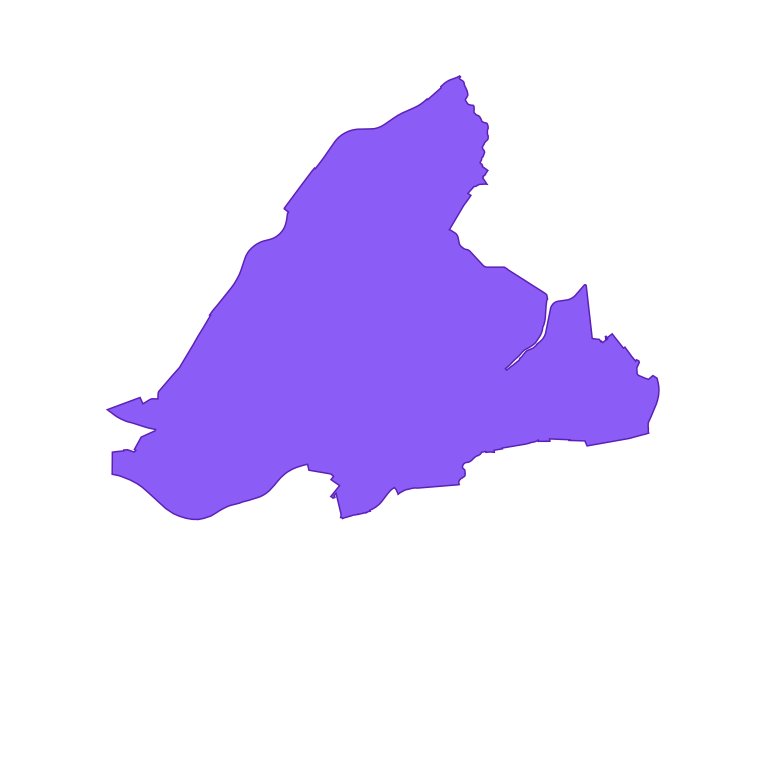 Parramatta, New South Wales, Australia, rotated 318°
{"feature_id": "25037944B24816754384688", "entity_name": "Parramatta", "entity_type": "district", "adm_level": 2, "iso_a3": "AUS", "parent_name": "Australia", "parent_adm1": "New South Wales", "projection": "albers", "projection_center": [151.053, -33.808], "detail": "fine", "context": "isolated", "style": "filled", "palette": "violet", "viewbox_px": 768, "rotation_deg": 318, "n_neighbors": 0, "source": "geoboundaries", "source_scale": "gbopen_adm2", "svg_char_len": 6171}
<svg xmlns="http://www.w3.org/2000/svg" viewBox="0 0 768 768"><g transform="rotate(318 384 384)"><path d="M131.2,285.6L133.8,292.8L135.2,298.6L136.0,305.1L137.3,318.1L137.3,318.7L138.5,330.5L138.8,331.9L140.8,339.5L143.2,344.8L146.9,351.1L150.8,356.1L155.4,360.5L160.4,363.4L167.1,366.3L173.3,367.5L177.7,368.2L181.5,369.1L184.7,370.0L188.3,371.3L196.8,375.8L200.0,377.0L205.7,380.0L215.8,384.6L218.0,385.3L220.9,386.0L222.9,386.3L227.2,386.6L235.4,385.8L239.0,385.2L244.9,384.5L250.5,384.5L253.4,384.8L259.6,386.1L259.8,386.3L263.3,387.5L269.8,390.5L273.5,392.5L270.5,397.8L284.3,415.3L284.7,418.9L280.6,419.6L283.0,429.8L269.2,432.0L269.4,432.4L269.7,434.6L271.6,435.5L272.2,434.3L272.1,433.6L275.2,433.2L265.2,451.6L264.0,453.1L262.4,454.2L262.8,454.8L263.4,455.4L263.1,456.2L265.0,456.9L267.1,458.0L270.0,459.3L270.3,459.6L273.9,461.1L275.2,462.2L277.4,463.2L277.3,463.5L284.6,467.5L284.5,467.8L286.6,468.2L288.7,469.3L288.9,468.3L291.1,469.0L293.5,469.6L296.1,470.0L300.1,470.2L303.3,469.9L313.3,468.0L317.3,467.5L319.7,467.5L322.4,468.0L322.4,470.0L322.2,471.1L321.0,474.8L320.7,475.4L322.9,475.5L328.5,476.8L329.7,477.4L335.9,480.8L337.6,482.1L339.4,483.9L371.0,508.0L372.6,509.1L373.3,507.7L373.8,507.0L374.7,506.4L375.8,506.0L377.8,505.8L378.9,506.1L382.0,506.5L382.6,506.4L383.1,506.1L384.3,505.0L386.1,502.6L386.5,501.9L386.6,501.4L386.3,500.6L386.3,500.0L386.3,499.2L386.5,498.6L387.7,497.4L388.4,497.1L390.3,496.7L391.1,496.7L392.5,497.4L395.0,498.9L396.4,499.2L398.1,499.4L400.6,499.2L403.7,499.3L404.6,499.5L406.1,500.2L408.2,500.6L409.5,500.5L410.9,500.0L414.5,502.2L414.0,503.0L417.4,505.5L420.3,508.6L421.5,506.9L428.6,511.4L429.0,510.7L448.5,523.1L452.7,525.4L453.0,525.2L456.6,527.4L460.1,529.0L460.2,528.8L460.7,528.7L461.1,528.9L460.4,530.0L460.9,530.4L469.0,537.6L470.3,535.6L484.7,549.7L483.9,549.9L495.2,560.7L493.5,565.9L529.7,588.5L543.0,595.2L543.8,595.7L547.8,597.6L548.6,596.2L550.6,594.1L552.2,591.9L554.7,589.5L560.3,587.1L573.0,581.1L575.9,579.4L580.1,576.5L584.0,572.8L586.3,570.0L588.4,566.8L590.8,562.4L589.5,557.7L583.6,557.5L582.3,555.0L581.9,554.4L578.8,547.6L578.9,545.9L582.6,541.2L588.2,538.8L588.8,537.3L587.9,535.0L586.9,535.0L586.3,535.4L586.5,529.5L587.7,517.8L585.9,517.6L587.1,499.4L581.3,499.0L580.3,500.1L579.2,500.1L579.1,499.9L579.1,499.7L579.8,498.9L580.0,498.8L580.6,498.8L580.7,498.7L580.8,498.5L580.5,498.3L580.4,498.0L581.0,497.4L581.0,497.2L580.8,497.0L580.5,497.0L580.1,497.0L579.9,497.8L577.9,499.8L574.3,499.6L574.2,499.3L574.4,497.7L574.0,497.4L573.5,497.6L573.9,495.0L570.2,490.8L569.2,489.5L599.9,446.5L600.2,445.8L600.2,445.1L599.8,444.7L599.1,444.5L585.1,446.2L583.5,446.2L581.1,445.9L578.9,445.3L576.7,444.3L568.8,439.0L567.5,438.3L565.6,437.7L563.1,437.6L560.7,438.1L558.9,438.9L537.9,454.5L535.5,455.7L533.0,456.5L531.2,456.8L529.3,456.9L526.9,456.9L524.0,456.7L523.4,456.9L523.0,457.2L518.5,457.0L512.9,455.0L510.7,454.9L506.8,455.5L505.3,455.9L503.3,456.0L502.5,455.7L501.0,456.5L499.8,456.7L497.4,456.5L496.3,456.6L495.3,456.4L492.5,456.4L491.7,456.2L484.4,455.7L484.5,453.8L489.0,454.0L496.5,453.5L504.2,453.4L508.0,452.8L510.3,452.7L511.9,452.9L515.2,453.7L518.3,454.4L522.9,454.8L525.1,454.5L531.5,452.9L533.5,452.2L535.6,451.2L537.8,449.9L540.1,448.0L542.1,447.1L545.2,445.2L548.1,442.8L556.5,434.6L561.1,430.6L562.2,430.5L562.6,429.9L564.5,426.8L564.6,426.3L564.3,424.1L553.0,383.5L552.2,379.5L551.6,377.7L538.7,366.1L537.7,364.7L537.1,363.2L537.0,362.1L536.7,342.6L536.5,341.5L536.0,340.2L534.3,337.9L533.9,336.7L533.3,332.8L533.5,331.3L533.9,330.1L537.2,324.5L537.7,323.2L538.0,321.8L538.1,320.6L537.8,319.1L536.5,314.4L536.1,313.6L535.8,313.1L562.6,304.7L569.8,303.2L574.8,302.0L573.9,298.5L582.9,297.5L584.7,298.6L588.3,299.4L593.2,303.3L594.2,304.5L595.3,296.9L596.5,296.6L596.6,295.9L599.5,296.3L599.9,295.8L604.1,294.8L602.6,288.1L603.3,287.7L603.6,286.7L603.8,286.3L603.3,284.4L603.5,283.8L603.7,283.7L606.5,282.7L608.0,281.4L608.4,281.3L609.3,281.4L609.8,281.3L613.9,279.1L614.5,277.7L614.7,276.9L614.5,276.3L614.8,275.3L615.1,274.5L615.5,273.9L616.4,273.6L617.3,273.1L618.8,272.8L620.3,272.0L622.4,271.8L624.0,271.8L625.0,271.6L625.7,271.2L627.5,269.3L627.6,268.3L627.9,267.8L629.6,265.7L631.0,264.4L632.5,263.7L634.0,261.8L634.7,260.1L634.9,259.1L634.7,258.6L633.3,256.6L632.5,254.6L632.5,254.3L633.6,251.4L634.0,249.1L633.7,247.6L632.6,245.7L632.7,244.7L632.5,242.9L632.9,242.0L634.7,240.3L636.3,238.4L636.7,237.7L636.8,237.1L636.7,236.4L636.1,236.0L635.5,235.3L634.3,233.6L633.8,232.5L633.7,231.9L633.8,231.1L634.3,228.1L634.5,227.4L635.1,226.9L637.4,226.4L638.1,226.0L639.4,225.6L640.3,224.6L641.2,223.0L641.9,221.7L642.3,220.7L643.7,216.0L644.5,214.5L645.1,213.6L645.3,213.1L645.4,212.3L645.3,211.4L644.4,208.2L644.6,207.4L644.8,207.1L645.2,207.0L646.4,206.9L646.3,205.7L644.5,205.3L642.2,204.5L636.0,202.0L633.4,201.4L630.5,201.0L625.2,201.0L624.6,202.1L606.8,201.9L606.8,201.0L602.2,200.9L598.0,200.5L594.5,199.8L590.7,198.7L578.8,194.8L573.8,193.6L569.4,192.9L558.4,191.5L554.6,190.8L553.4,190.4L550.7,189.4L547.7,187.8L544.9,185.6L534.9,177.0L532.4,175.3L529.8,173.8L526.6,172.4L522.9,171.3L519.2,170.6L515.4,170.4L512.3,170.6L509.2,171.1L490.0,175.6L481.2,177.3L477.0,178.0L477.0,177.1L473.9,177.4L456.9,180.7L427.7,186.6L427.8,187.0L427.1,187.2L428.0,192.4L426.4,192.7L420.8,197.4L417.5,199.6L414.7,201.0L412.6,201.7L410.6,202.2L407.6,202.6L405.6,202.6L402.9,202.4L400.3,201.9L396.9,200.7L391.6,197.9L389.2,196.7L386.5,195.7L383.0,194.9L380.4,194.5L376.8,194.4L373.7,194.6L371.3,195.0L367.6,196.2L365.6,197.1L353.8,203.8L350.0,205.7L346.5,207.1L341.8,208.6L339.1,209.4L334.9,210.3L314.9,213.6L305.7,214.9L300.5,216.1L301.0,216.9L288.0,221.0L277.8,224.0L268.8,227.0L243.1,234.9L232.3,236.1L211.6,238.8L210.0,239.7L206.0,243.8L202.8,240.8L201.7,239.8L201.0,239.4L199.6,238.9L191.6,237.4L193.7,230.8L161.2,217.9L163.0,227.2L163.7,230.0L165.3,234.5L167.4,239.1L169.1,241.9L170.1,243.3L171.7,245.9L178.0,256.7L180.2,260.1L183.8,264.9L182.6,265.6L168.0,261.0L154.7,265.6L155.2,267.2L152.9,267.5L149.4,261.2L146.4,258.9L145.9,259.6L139.5,254.9L136.5,252.9L121.6,269.2L124.5,273.1L125.8,275.0L126.9,276.9L131.2,285.6Z" fill="#8b5cf6" stroke="#5b21b6" stroke-width="1.5"/></g></svg>